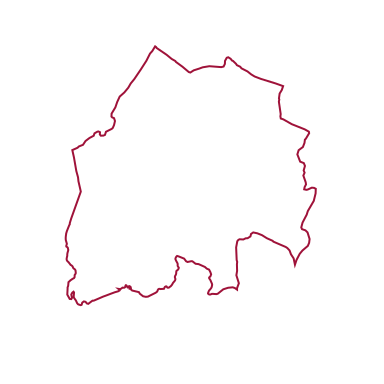 the district of Asunción Mita, Jutiapa, Guatemala, rotated 106°
{"feature_id": "79465075B73925022965475", "entity_name": "Asunción Mita", "entity_type": "district", "adm_level": 2, "iso_a3": "GTM", "parent_name": "Guatemala", "parent_adm1": "Jutiapa", "projection": "orthographic", "projection_center": [-89.611, 14.308], "detail": "fine", "context": "isolated", "style": "outline", "palette": "rose", "viewbox_px": 384, "rotation_deg": 106, "n_neighbors": 0, "source": "geoboundaries", "source_scale": "gbopen_adm2", "svg_char_len": 5294}
<svg xmlns="http://www.w3.org/2000/svg" viewBox="0 0 384 384"><g transform="rotate(106 192 192)"><path d="M167.0,72.5L159.3,72.8L154.8,73.9L154.4,75.8L154.8,78.0L157.8,81.5L158.4,82.7L158.5,84.9L156.3,85.1L153.3,84.5L151.3,85.4L145.5,89.5L142.4,89.1L140.5,90.6L135.8,90.6L133.4,92.5L133.0,96.4L126.8,101.1L122.4,101.0L118.2,97.8L113.8,97.4L110.5,97.9L109.6,97.3L103.2,95.6L101.8,96.3L100.7,100.9L99.3,114.8L97.0,124.2L96.9,126.9L94.9,127.9L92.7,128.2L81.2,133.4L79.0,133.6L78.1,134.2L73.2,134.9L69.2,133.8L65.1,133.6L64.6,141.5L64.3,156.7L63.7,163.6L62.6,167.6L60.8,171.9L59.5,178.5L58.3,180.2L57.7,183.8L56.6,185.1L54.7,188.7L54.6,189.8L53.3,191.6L52.5,194.3L53.4,195.6L56.9,196.4L59.8,195.7L62.7,196.2L63.9,198.3L66.3,210.0L69.2,216.1L71.4,219.1L74.6,223.9L77.6,226.5L77.6,228.1L74.2,235.7L71.4,243.3L70.7,244.1L69.7,248.2L67.1,254.2L63.3,265.7L62.6,266.4L62.2,267.6L67.4,269.0L70.5,270.5L78.4,272.0L88.4,275.0L89.3,275.3L99.4,278.6L104.5,280.8L109.3,282.0L115.0,284.5L120.2,287.8L126.0,288.7L131.8,289.0L138.8,290.9L141.7,290.2L142.3,289.2L142.5,287.3L145.0,285.6L149.1,285.4L152.2,285.8L153.4,286.5L157.8,291.3L161.1,291.4L162.2,292.7L163.0,295.2L162.0,296.5L159.9,296.9L159.6,298.6L160.1,299.6L162.5,301.9L165.0,302.0L168.3,305.4L172.3,308.4L176.7,309.8L179.4,313.3L181.0,314.2L184.7,318.6L191.5,314.9L203.7,309.0L209.3,305.6L213.0,304.1L219.7,300.4L222.3,299.0L250.7,300.8L255.7,300.9L256.5,300.6L258.1,300.9L264.2,301.5L264.7,301.5L265.2,301.5L265.8,301.5L266.8,301.5L267.7,301.3L268.7,301.2L270.3,300.9L271.1,300.7L272.1,300.4L273.1,300.0L274.2,299.3L276.3,298.0L276.8,298.0L277.4,298.0L278.0,298.0L278.6,298.0L279.1,297.7L279.3,296.9L279.7,296.1L280.5,295.7L281.0,295.4L281.7,295.0L282.5,294.9L283.0,294.9L284.1,294.9L284.8,294.9L285.8,294.8L286.4,294.7L287.4,294.4L287.9,294.3L288.8,294.3L289.9,294.2L290.8,294.1L291.4,293.9L292.1,293.5L292.5,293.1L292.8,292.7L293.1,292.2L293.4,291.5L293.9,290.8L294.5,290.0L294.8,289.5L295.2,289.1L295.6,288.5L295.7,287.7L296.1,286.9L296.5,286.2L297.1,285.8L297.8,285.2L298.2,284.6L298.4,283.8L298.6,283.4L299.0,282.8L299.6,282.3L300.1,282.1L301.9,281.4L302.6,281.4L303.3,281.6L304.2,281.9L305.0,281.7L305.8,281.5L306.3,281.4L307.3,281.7L307.9,282.3L308.5,283.0L309.0,283.3L309.7,283.9L310.5,284.6L311.0,284.8L311.5,285.1L311.9,285.4L312.8,285.9L313.5,285.7L314.2,285.6L315.1,285.4L315.7,285.3L316.3,285.2L316.8,285.2L318.0,285.3L319.4,284.9L325.0,283.6L328.5,280.1L328.2,278.5L326.9,278.2L323.8,279.8L321.7,279.3L320.5,278.4L321.1,277.7L324.6,277.0L325.9,276.6L326.6,275.8L327.2,275.1L327.7,274.4L328.5,273.5L329.2,272.9L330.4,271.9L331.2,270.8L331.4,270.2L331.4,269.7L331.4,269.0L331.5,268.0L331.2,267.4L330.8,267.0L328.6,267.0L327.0,265.8L326.9,264.1L328.1,262.3L328.1,260.9L326.5,259.7L324.9,258.5L323.9,257.7L323.6,256.6L321.0,253.4L316.9,248.4L315.9,247.0L314.8,245.5L313.0,243.1L311.8,241.5L310.2,239.3L309.8,238.8L308.8,237.2L307.8,235.6L306.5,234.4L305.9,234.3L305.8,235.1L305.4,236.0L305.2,234.4L304.5,233.5L304.0,233.1L303.6,232.8L303.1,232.5L303.0,232.0L302.8,231.1L302.5,230.5L301.9,230.1L301.1,230.1L300.5,230.1L299.9,230.0L299.8,229.4L300.2,228.9L301.0,228.2L301.5,227.6L301.3,226.9L300.5,227.2L300.0,226.7L299.7,226.1L300.1,225.0L300.8,224.9L301.4,225.5L302.2,225.3L302.1,224.6L301.6,224.1L302.6,223.6L303.2,222.4L302.9,215.4L304.1,214.2L305.7,210.3L305.5,207.5L304.7,205.5L303.2,203.9L299.0,199.3L297.8,198.3L297.0,198.0L296.5,197.9L295.8,197.9L294.8,197.6L294.2,197.0L294.0,196.3L294.0,195.6L292.8,192.3L292.2,192.2L291.1,192.0L290.6,191.8L290.0,191.2L289.8,190.5L290.2,190.0L290.7,189.2L290.5,188.3L290.0,187.6L289.3,187.2L288.5,186.5L287.7,186.1L286.5,185.6L285.0,185.3L284.4,185.1L283.7,184.8L282.9,184.4L282.4,184.2L281.8,184.0L281.3,183.9L280.6,183.9L280.0,184.1L279.4,184.5L278.8,184.9L278.1,185.1L277.5,185.1L276.3,184.8L275.3,184.7L274.4,184.8L273.3,185.1L272.2,185.2L271.6,184.8L271.1,184.5L270.6,184.1L269.9,183.9L269.4,183.8L268.5,183.8L268.0,184.3L267.4,185.1L266.5,185.6L265.5,185.8L265.0,186.0L264.4,186.4L264.0,186.8L263.4,187.4L262.7,188.1L261.9,188.8L261.3,189.3L260.4,189.6L259.6,189.5L259.1,189.4L258.4,189.2L257.6,188.7L257.6,187.9L257.6,187.0L258.2,181.2L260.2,178.6L260.5,177.0L258.7,173.6L258.5,172.5L260.0,168.8L259.5,165.8L260.5,158.9L261.6,156.7L261.9,154.2L263.9,152.3L265.9,150.9L268.2,151.1L268.8,151.6L269.4,151.9L269.9,151.9L270.4,151.5L270.8,151.0L271.3,150.4L271.9,149.8L272.9,149.0L274.6,147.6L275.5,147.1L276.1,147.0L277.5,146.9L278.2,146.9L279.1,147.1L279.6,147.3L280.0,147.5L280.6,147.7L281.2,148.0L281.7,148.3L282.4,148.5L283.4,148.6L284.4,148.7L285.2,148.6L285.5,148.1L285.7,147.6L285.7,146.7L285.5,146.2L285.2,145.7L284.8,145.3L284.4,144.7L284.1,143.7L284.0,143.0L283.4,140.3L282.7,139.2L276.9,135.1L274.1,130.9L272.4,126.6L272.5,124.4L273.4,121.8L272.0,122.2L266.8,121.8L259.8,126.4L255.4,126.9L249.1,128.9L246.7,129.3L245.1,130.3L233.1,134.3L226.8,134.9L225.2,134.2L224.3,133.2L223.5,129.6L221.7,127.6L221.1,125.8L218.6,123.6L216.1,123.7L214.0,122.0L213.7,117.8L214.2,112.8L215.8,107.3L216.7,101.0L217.3,100.1L219.0,86.8L219.6,84.9L221.3,82.1L224.6,79.7L227.8,76.0L233.5,73.0L228.5,72.8L221.7,71.4L217.8,69.7L211.9,65.8L208.6,65.4L204.8,66.0L199.0,69.8L197.6,72.4L197.4,76.0L195.9,77.2L190.9,77.3L182.2,75.5L178.4,75.4L167.0,72.5Z" fill="none" stroke="#9f1239" stroke-width="2"/></g></svg>